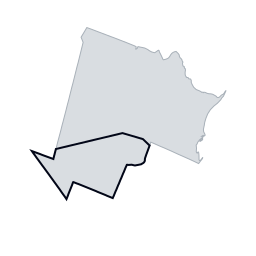 Tiris Zemmour on a map of Mauritania (Albers equal-area conic projection), rotated 202°
{"feature_id": "MRT-2783", "entity_name": "Tiris Zemmour", "entity_type": "Region", "adm_level": 1, "iso_a3": "MRT", "parent_name": "Mauritania", "parent_adm1": "", "projection": "albers", "projection_center": [-9.84, 24.319], "detail": "fine", "context": "in_parent", "style": "outline", "palette": "ink", "viewbox_px": 256, "rotation_deg": 202, "n_neighbors": 0, "source": "natural_earth", "source_scale": "10m", "svg_char_len": 4911}
<svg xmlns="http://www.w3.org/2000/svg" viewBox="0 0 256 256"><g transform="rotate(202 128 128)"><path d="M109.7,216.0L109.4,215.9L107.9,214.9L107.2,213.7L106.1,212.7L104.5,212.1L103.5,211.4L103.0,210.6L102.4,210.1L101.8,209.8L101.7,209.5L101.9,209.1L101.7,208.4L100.8,206.8L100.0,206.0L99.2,206.1L98.8,205.9L98.5,205.6L98.5,205.1L98.0,204.6L97.1,204.4L96.4,203.2L95.9,201.0L95.2,199.3L94.4,198.1L93.8,197.6L93.4,197.5L93.2,197.3L93.1,197.0L92.4,196.8L91.5,197.2L90.6,197.0L90.2,196.4L89.7,196.4L88.9,196.8L88.1,196.7L87.3,195.9L86.8,195.1L86.7,194.3L85.2,192.7L82.4,190.4L79.2,189.2L75.7,189.2L73.7,189.0L73.3,188.7L72.9,188.7L72.5,189.1L72.0,189.2L71.5,188.9L71.2,189.1L71.1,189.6L69.8,189.9L67.5,189.8L65.6,190.1L64.1,190.7L62.1,191.0L59.5,190.7L57.9,190.4L57.4,190.0L56.6,189.8L55.7,190.0L54.7,191.1L53.9,193.1L53.2,194.2L52.7,194.5L52.0,196.0L51.6,198.5L51.1,199.6L51.4,193.3L52.3,191.0L52.6,188.9L54.4,184.4L56.5,180.7L58.5,175.8L59.4,171.0L59.4,166.2L59.0,162.0L58.3,159.1L57.6,155.1L56.5,152.9L54.2,150.9L53.8,149.8L54.3,149.4L55.7,149.2L56.7,147.8L54.8,148.2L57.2,143.9L58.0,140.9L58.0,138.9L58.4,137.7L56.9,134.9L55.8,131.5L55.2,130.9L54.5,130.6L54.4,131.4L54.0,132.1L53.2,131.6L51.9,129.1L50.2,125.1L49.5,124.6L48.9,125.1L48.5,125.6L47.7,128.9L47.5,127.6L47.9,126.1L48.5,124.2L49.2,121.5L50.9,121.6L53.9,121.8L60.0,122.1L63.0,122.2L69.1,122.4L72.2,122.5L78.2,122.8L81.3,122.9L87.4,123.1L90.4,123.1L96.5,123.3L99.5,123.4L101.6,123.4L101.5,121.5L101.4,120.0L101.3,118.0L101.3,116.0L101.2,114.0L101.1,112.1L101.0,110.2L101.0,108.5L100.9,106.8L100.8,105.9L100.2,104.1L100.0,103.2L100.2,102.2L100.7,101.3L101.9,99.7L103.7,98.4L105.8,97.0L107.4,95.9L108.2,95.7L110.6,95.3L112.5,94.5L114.4,93.7L115.2,93.3L115.3,91.7L115.9,57.3L124.9,57.4L127.3,57.4L144.0,57.5L146.4,57.5L158.6,57.4L158.5,55.8L158.5,53.5L158.5,50.3L158.5,47.0L158.4,41.4L158.4,39.0L160.8,40.6L165.6,43.7L168.0,45.2L172.8,48.3L177.7,51.4L182.6,54.4L185.0,55.9L187.4,57.5L189.9,59.0L192.3,60.5L197.3,63.5L199.3,64.8L202.5,66.8L205.5,68.7L208.5,70.6L203.9,70.7L197.9,70.9L193.8,71.0L189.6,71.1L185.6,71.2L186.0,74.5L186.5,78.0L186.9,81.6L187.4,85.1L187.9,88.6L189.2,99.2L189.7,102.8L190.2,106.3L190.6,109.8L191.1,113.4L192.0,120.4L192.5,123.9L193.0,127.5L193.4,131.0L193.9,134.5L194.4,138.0L195.4,145.1L195.8,148.6L196.3,152.1L196.8,155.7L197.3,159.2L197.8,162.7L198.3,166.2L198.7,169.7L199.7,176.7L200.2,180.2L200.7,183.7L201.2,187.2L201.7,190.6L203.4,192.4L205.5,194.6L205.0,197.8L204.4,201.6L203.8,205.7L198.0,205.9L192.3,206.0L178.2,206.3L175.4,206.4L161.2,206.6L158.4,206.6L152.9,206.6L151.3,206.5L150.7,206.2L150.5,204.1L150.0,204.2L149.5,204.9L149.2,205.5L149.3,206.4L149.2,207.2L147.4,207.5L144.9,208.0L142.3,208.4L139.7,208.2L138.8,208.1L137.9,207.8L135.8,207.5L134.7,207.4L133.4,207.5L131.8,207.7L131.3,208.0L130.2,209.6L129.0,211.5L128.3,211.5L127.5,210.4L125.3,208.5L122.6,206.0L121.3,204.7L120.7,204.5L119.4,205.4L118.3,206.3L117.1,207.5L116.5,208.6L116.1,210.0L115.9,211.6L115.4,213.5L114.5,215.0L113.3,216.2L112.5,216.7L112.1,217.0L109.7,216.0ZM55.9,145.0L55.0,146.3L54.6,145.8L54.5,144.9L55.4,143.6L55.7,142.9L56.4,142.7L55.9,145.0Z" fill="#d9dde1" stroke="#a8b0b8" stroke-width="1"/><path d="M158.4,39.0L160.9,40.7L163.5,42.3L166.0,43.9L168.5,45.6L171.1,47.2L173.6,48.8L176.2,50.4L178.7,52.0L181.3,53.6L183.8,55.2L186.4,56.8L189.0,58.4L191.2,59.8L193.4,61.1L195.6,62.5L197.4,63.6L197.7,63.8L199.3,64.8L201.6,66.2L203.9,67.7L206.2,69.1L208.5,70.6L205.6,70.7L202.8,70.8L199.9,70.9L197.1,70.9L194.2,71.0L191.3,71.1L188.5,71.2L185.6,71.3L185.8,72.4L185.9,73.5L186.1,74.6L186.2,75.8L186.4,76.9L186.5,78.0L186.7,79.2L186.8,80.3L187.0,81.5L131.2,121.2L110.0,123.3L101.8,120.0L101.5,119.9L101.4,119.9L101.2,114.0L101.1,110.4L100.9,106.9L100.8,105.9L100.2,104.1L100.1,103.2L100.3,102.2L100.7,101.3L101.9,99.8L102.1,99.4L103.4,98.5L105.1,97.4L106.5,96.5L107.4,95.9L108.2,95.7L110.4,95.4L110.9,95.3L113.8,93.9L115.1,93.6L115.3,93.4L115.3,92.9L115.3,91.7L115.4,90.7L115.4,89.6L115.4,88.5L115.4,87.4L115.4,86.3L115.4,85.3L115.5,84.2L115.5,83.1L115.5,82.0L115.5,81.0L115.5,79.9L115.5,78.8L115.6,77.7L115.6,76.6L115.6,75.6L115.6,74.5L115.6,73.4L115.6,72.3L115.7,71.3L115.7,70.2L115.7,69.1L115.7,68.0L115.7,67.0L115.7,65.9L115.8,64.8L115.8,63.7L115.8,62.6L115.8,61.6L115.8,60.5L115.8,59.4L115.9,58.3L115.9,57.3L117.2,57.3L118.5,57.3L119.7,57.3L121.0,57.3L122.3,57.3L123.6,57.4L124.9,57.4L126.2,57.4L127.5,57.4L128.8,57.4L130.1,57.4L131.4,57.4L132.6,57.4L133.9,57.5L135.2,57.5L136.5,57.5L137.8,57.5L139.1,57.5L140.4,57.5L141.7,57.5L143.0,57.5L144.3,57.5L145.5,57.5L146.8,57.5L148.1,57.5L149.4,57.5L150.7,57.5L152.0,57.5L153.3,57.5L154.6,57.4L155.9,57.4L157.1,57.4L158.2,57.4L158.5,57.3L158.6,57.2L158.6,56.5L158.6,56.3L158.6,55.8L158.5,54.9L158.5,53.8L158.5,52.5L158.5,51.0L158.5,49.4L158.5,47.8L158.5,46.1L158.5,44.6L158.4,43.1L158.4,41.8L158.4,40.6L158.4,39.8L158.4,39.2L158.4,39.0Z" fill="none" stroke="#020617" stroke-width="2"/></g></svg>